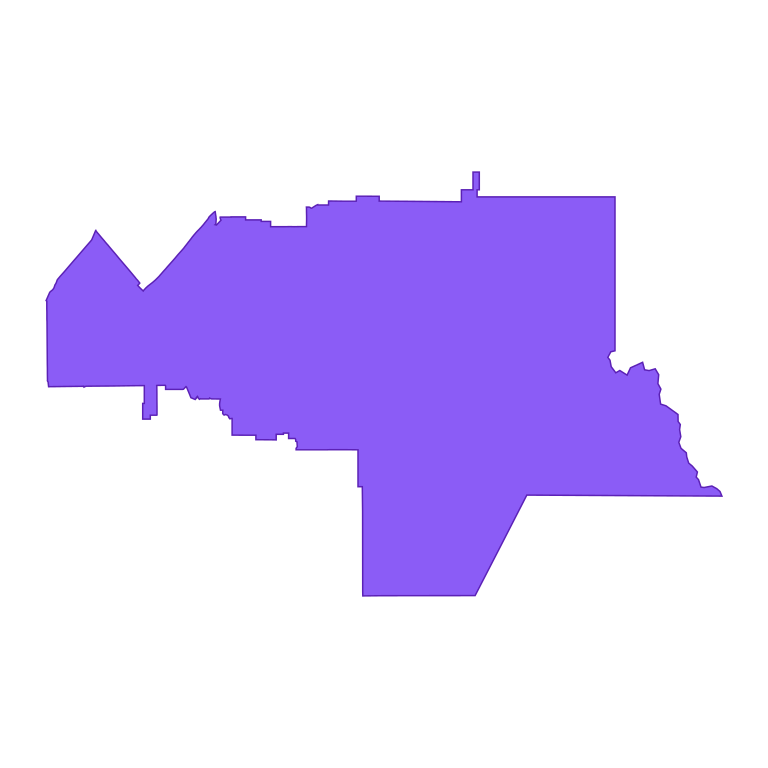 outline of Armadale, Western Australia, Australia
{"feature_id": "25037944B45600387855719", "entity_name": "Armadale", "entity_type": "district", "adm_level": 2, "iso_a3": "AUS", "parent_name": "Australia", "parent_adm1": "Western Australia", "projection": "equal_earth", "projection_center": [116.021, -32.179], "detail": "fine", "context": "isolated", "style": "filled", "palette": "violet", "viewbox_px": 768, "rotation_deg": 0, "n_neighbors": 0, "source": "geoboundaries", "source_scale": "gbopen_adm2", "svg_char_len": 5758}
<svg xmlns="http://www.w3.org/2000/svg" viewBox="0 0 768 768"><path d="M48.6,386.7L57.1,386.6L64.2,386.5L82.7,386.3L82.9,386.3L83.2,386.3L83.4,386.2L83.8,386.2L83.9,386.6L84.0,387.1L85.5,386.4L85.8,386.3L86.2,386.2L86.4,386.2L97.7,386.1L111.8,386.0L133.3,385.7L144.3,385.6L144.3,389.2L144.3,389.8L144.3,403.4L142.7,403.4L142.7,419.1L150.3,419.1L150.3,415.2L156.8,415.2L157.0,415.0L157.0,408.7L157.0,407.4L156.9,398.6L156.9,393.8L156.8,386.0L156.8,385.9L156.8,385.7L156.7,385.6L156.8,385.4L165.1,385.3L165.3,385.4L165.4,385.6L165.5,385.6L165.6,385.8L165.6,386.0L165.6,387.7L165.6,389.4L168.6,389.4L174.3,389.4L175.4,389.4L179.5,389.4L182.7,389.4L183.0,389.3L183.5,389.2L186.0,386.6L186.2,386.8L186.6,387.2L190.0,395.4L190.9,397.7L195.2,399.5L196.3,398.2L196.1,398.0L197.4,396.4L197.6,396.7L197.9,397.0L198.0,397.7L198.4,398.2L198.8,398.7L199.2,399.1L199.5,399.3L199.6,399.2L199.9,399.0L200.2,398.8L200.3,398.9L201.2,398.9L205.6,398.9L209.0,398.9L209.4,398.7L209.6,398.1L210.0,398.3L210.4,398.6L210.6,398.6L211.0,398.7L211.5,398.9L212.0,398.9L220.4,399.0L219.9,401.5L219.7,402.9L219.7,403.1L219.6,403.7L219.6,403.9L219.6,404.3L219.6,404.7L219.6,405.2L219.6,405.6L219.7,406.0L219.7,406.4L219.8,406.8L220.5,410.2L222.8,410.2L222.7,413.2L222.7,413.4L223.0,413.9L223.4,414.5L223.7,414.8L224.1,415.0L224.5,415.0L225.2,414.6L225.5,414.5L226.4,414.8L227.0,415.0L227.6,415.3L228.0,415.8L228.3,416.0L228.5,416.4L228.8,417.4L229.0,417.8L229.5,418.3L229.8,418.8L230.6,418.7L231.3,418.5L231.7,418.5L232.1,418.5L232.1,423.6L232.1,435.1L245.5,435.2L255.9,435.2L255.9,439.7L271.5,439.8L276.2,439.9L276.2,434.3L283.4,434.3L283.4,433.1L288.6,433.1L288.6,438.5L295.1,438.5L295.7,439.6L295.7,441.2L297.0,441.9L297.1,444.0L297.3,446.6L296.1,448.3L296.1,449.8L297.2,449.8L309.3,449.8L326.8,449.8L329.4,449.7L345.5,449.7L358.0,449.8L358.0,486.7L362.3,486.7L362.6,511.5L362.7,591.3L362.8,595.9L382.5,595.7L474.9,595.6L475.1,595.6L499.7,547.9L526.8,495.1L721.9,496.1L720.0,491.5L716.8,488.7L711.9,486.0L704.1,487.5L701.0,487.1L698.5,479.6L696.2,477.1L697.4,472.0L692.3,466.1L688.7,463.1L686.9,457.4L686.7,456.8L686.7,456.5L686.3,452.8L681.0,448.3L678.8,442.3L680.8,436.7L679.6,429.6L680.3,424.5L678.1,421.5L678.0,414.5L666.0,405.8L660.6,404.1L659.2,394.3L660.9,389.1L657.9,383.6L658.7,374.7L655.2,368.8L649.1,370.6L644.6,369.8L642.6,362.3L630.5,367.8L627.1,375.1L619.8,370.5L615.8,372.8L611.2,366.7L610.0,360.2L607.8,357.4L610.8,351.8L615.0,350.8L615.0,301.9L615.0,288.9L615.0,255.8L615.0,196.9L477.1,196.9L477.1,189.8L479.3,189.8L479.3,172.1L473.0,172.1L473.0,189.8L461.4,189.8L461.4,201.8L406.2,201.3L379.2,201.1L379.2,196.3L364.5,196.2L359.9,196.2L359.3,196.2L356.3,196.2L356.3,198.7L356.3,201.1L355.4,201.2L349.8,201.2L343.3,201.2L328.6,201.0L328.5,205.0L317.6,205.0L317.6,204.7L316.9,205.0L316.6,205.1L316.2,205.3L315.7,205.6L312.1,207.9L312.0,208.0L311.8,208.1L311.6,208.2L311.3,208.2L311.1,208.2L310.1,207.5L310.0,207.4L309.7,207.3L309.4,207.2L309.1,207.1L308.8,207.1L306.5,207.1L306.4,207.1L306.5,208.3L306.5,211.5L306.6,216.4L306.6,217.5L306.6,219.8L306.5,224.4L306.5,226.6L303.9,226.6L299.8,226.6L294.1,226.7L290.2,226.6L284.7,226.7L279.6,226.7L275.2,226.7L272.9,226.7L270.6,226.7L270.6,221.4L268.3,221.4L261.2,221.4L261.2,219.9L246.7,219.9L245.6,219.9L245.6,216.9L238.6,216.9L231.0,216.9L231.0,217.1L230.8,217.1L220.4,217.1L220.2,217.1L220.1,217.7L220.3,218.3L220.3,218.6L220.8,219.8L221.0,220.2L216.5,225.0L216.4,225.0L216.1,224.9L215.3,224.7L215.6,224.5L215.8,223.6L216.0,222.0L216.1,221.0L216.1,220.4L216.2,219.1L216.1,218.2L216.0,217.6L216.0,216.9L215.7,215.1L215.4,213.0L215.2,211.6L214.8,211.7L213.6,212.6L211.0,215.0L209.5,216.5L209.0,217.1L208.6,217.7L208.6,218.1L208.2,218.7L207.8,219.1L207.3,219.8L206.8,220.4L206.4,220.9L206.0,221.4L205.8,221.7L205.5,222.0L205.0,222.6L204.0,223.9L203.1,225.0L202.6,225.6L202.2,226.0L201.8,226.5L201.1,227.3L200.7,227.7L200.3,228.1L199.9,228.5L199.5,229.0L198.1,230.4L197.7,230.8L197.0,231.5L196.5,232.1L195.9,232.7L195.5,233.2L195.0,233.8L194.2,234.7L193.7,235.3L193.3,235.8L192.8,236.4L192.3,237.0L190.6,239.3L190.1,239.9L189.4,240.9L188.6,241.8L187.8,242.9L186.0,245.2L184.5,247.1L184.1,247.7L183.1,248.9L181.6,250.6L178.2,254.4L176.4,256.5L175.6,257.5L174.4,258.9L173.5,259.9L173.1,260.4L170.5,263.3L167.3,266.9L165.8,268.7L164.8,269.8L163.6,271.1L161.0,274.1L160.1,275.1L159.1,276.3L158.3,277.1L156.6,278.8L156.2,279.2L155.5,279.9L154.7,280.6L152.5,282.5L149.4,284.9L148.5,285.6L148.0,286.0L147.6,286.3L147.0,286.9L146.5,287.4L145.8,288.0L144.8,289.1L144.3,289.6L143.7,290.3L143.2,291.0L139.8,287.7L137.7,285.4L138.7,284.4L139.8,283.1L139.1,282.2L137.7,280.4L136.3,278.9L136.1,278.7L135.9,278.4L135.6,278.0L135.4,277.7L128.8,269.8L125.9,266.4L119.5,258.9L115.6,254.2L112.7,250.8L108.9,246.3L108.3,245.5L106.5,243.5L104.7,241.4L104.6,241.2L101.5,237.6L99.5,235.2L98.2,233.6L97.5,232.9L97.4,232.7L97.2,232.4L96.7,231.9L96.5,231.6L96.4,231.5L96.3,231.4L96.2,231.2L96.0,230.8L95.9,230.6L95.8,230.4L95.6,230.6L94.9,232.3L91.9,239.4L91.7,239.8L91.5,240.1L91.2,240.5L84.7,248.0L76.7,257.3L73.3,261.2L70.2,264.8L64.3,271.7L60.0,276.5L58.0,278.9L57.8,279.1L57.7,279.3L57.5,279.5L57.3,279.8L57.1,280.3L56.9,280.8L56.4,282.3L56.0,283.2L55.6,284.0L55.4,284.2L55.1,284.6L54.9,285.1L54.8,285.4L54.7,285.7L54.6,286.0L54.3,286.9L54.3,287.0L54.2,287.2L54.1,287.6L53.8,288.1L53.6,288.4L53.5,288.6L53.1,289.2L52.7,289.7L52.4,290.0L52.1,290.2L51.8,290.5L50.9,291.2L50.7,291.3L50.4,291.6L50.1,291.9L49.8,292.3L49.6,292.6L49.5,292.8L49.4,293.1L49.3,293.3L46.1,300.6L46.8,301.1L46.8,302.0L46.8,308.5L46.8,308.9L46.9,312.1L46.9,315.2L46.9,319.4L47.0,321.7L47.3,362.8L47.3,363.2L47.4,368.8L47.4,373.9L47.5,380.6L47.4,380.8L47.9,381.8L48.1,382.1L48.2,382.5L48.2,382.8L48.2,383.0L48.6,386.7Z" fill="#8b5cf6" stroke="#5b21b6" stroke-width="1.5"/></svg>